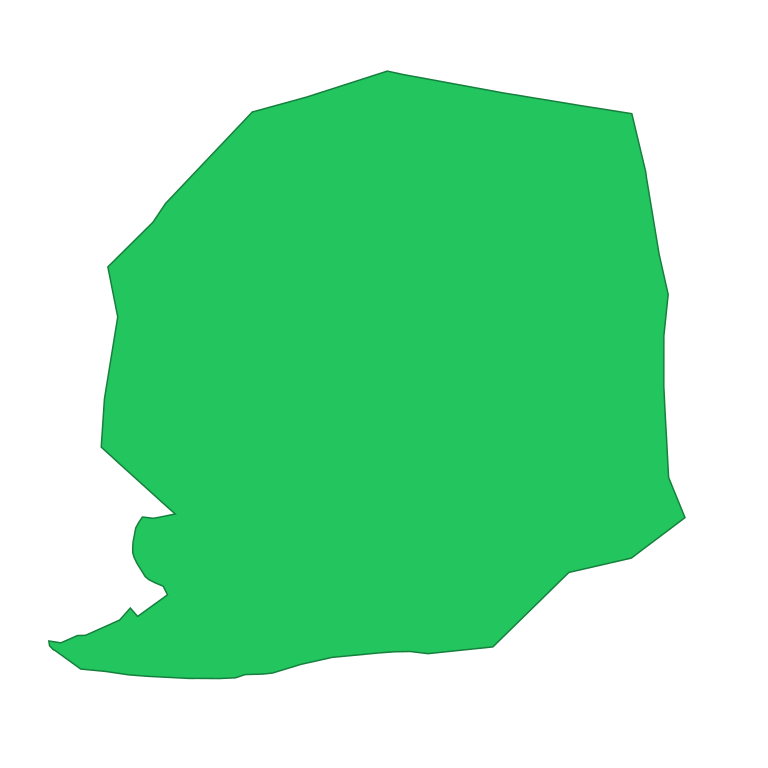 San Jerónimo Silacayoapilla, Oaxaca, Mexico, rotated 95°
{"feature_id": "50627088B61511584244630", "entity_name": "San Jerónimo Silacayoapilla", "entity_type": "district", "adm_level": 2, "iso_a3": "MEX", "parent_name": "Mexico", "parent_adm1": "Oaxaca", "projection": "orthographic", "projection_center": [-97.853, 17.807], "detail": "fine", "context": "isolated", "style": "filled", "palette": "green", "viewbox_px": 768, "rotation_deg": 95, "n_neighbors": 0, "source": "geoboundaries", "source_scale": "gbopen_adm2", "svg_char_len": 1248}
<svg xmlns="http://www.w3.org/2000/svg" viewBox="0 0 768 768"><g transform="rotate(95 384 384)"><path d="M171.9,576.6L223.1,617.3L242.9,628.2L291.4,669.3L340.4,655.1L423.1,661.2L471.5,660.2L477.1,652.9L479.7,649.4L486.3,640.9L488.0,638.6L512.8,605.8L515.8,601.8L520.2,596.1L531.7,580.7L535.7,594.3L536.3,596.1L537.1,599.2L537.9,601.9L537.6,610.5L537.6,613.1L543.3,616.3L549.1,618.8L556.4,619.5L562.9,620.2L568.4,620.1L574.0,619.6L578.5,617.8L584.3,614.4L592.6,608.1L596.7,605.1L599.5,601.0L602.3,593.9L604.7,586.3L612.9,581.3L637.0,609.2L629.3,617.2L642.2,626.8L660.4,659.5L661.3,667.5L670.0,683.3L669.2,695.5L673.9,694.4L677.7,690.1L677.6,689.4L694.4,661.3L694.6,636.4L696.0,613.0L695.8,593.7L694.3,552.6L693.4,542.5L691.8,522.5L689.6,506.2L685.6,497.1L683.4,478.6L681.6,469.7L680.7,467.5L670.5,442.2L660.9,412.0L652.4,365.9L649.8,349.9L648.2,334.4L648.8,316.7L636.4,252.6L555.6,183.4L535.8,122.3L528.6,114.4L490.9,72.5L471.6,82.4L463.7,86.5L452.3,92.3L435.6,94.7L431.7,95.2L431.5,95.3L415.5,97.5L403.2,99.3L386.3,101.7L362.3,105.0L311.7,109.4L270.1,108.7L230.5,121.3L154.0,140.9L150.0,141.7L93.1,160.7L89.4,214.2L83.5,292.1L74.0,392.2L72.0,408.0L104.9,486.1L124.5,538.9L171.9,576.6Z" fill="#22c55e" stroke="#15803d" stroke-width="1.5"/></g></svg>